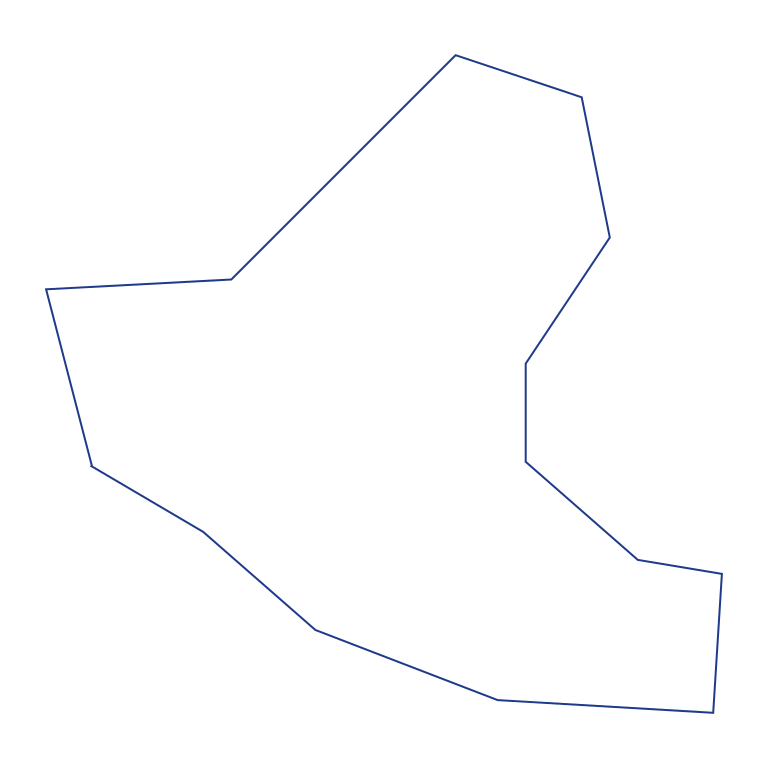 Burlöv, Skåne, Sweden (Mercator projection)
{"feature_id": "70781695B8533917899851", "entity_name": "Burlöv", "entity_type": "district", "adm_level": 2, "iso_a3": "SWE", "parent_name": "Sweden", "parent_adm1": "Skåne", "projection": "mercator", "projection_center": [13.132, 55.659], "detail": "fine", "context": "isolated", "style": "outline", "palette": "blue", "viewbox_px": 768, "rotation_deg": 0, "n_neighbors": 0, "source": "geoboundaries", "source_scale": "gbopen_adm2", "svg_char_len": 337}
<svg xmlns="http://www.w3.org/2000/svg" viewBox="0 0 768 768"><path d="M713.2,712.8L721.9,573.9L637.8,559.9L525.7,461.8L525.7,363.6L609.8,237.5L581.7,97.3L515.0,75.0L455.6,55.2L357.4,153.4L231.3,279.5L46.1,289.3L91.9,465.9L91.5,466.2L203.2,531.9L315.4,630.0L497.6,700.1L713.2,712.8Z" fill="none" stroke="#1e3a8a" stroke-width="2"/></svg>